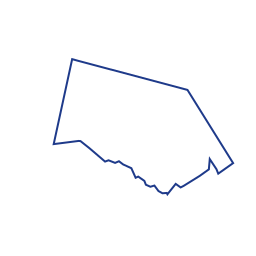 Jackson, Texas, United States of America, rotated 326°
{"feature_id": "52423323B84486994162427", "entity_name": "Jackson", "entity_type": "district", "adm_level": 2, "iso_a3": "USA", "parent_name": "United States of America", "parent_adm1": "Texas", "projection": "equal_earth", "projection_center": [-96.65, 28.969], "detail": "fine", "context": "isolated", "style": "outline", "palette": "blue", "viewbox_px": 256, "rotation_deg": 326, "n_neighbors": 0, "source": "geoboundaries", "source_scale": "gbopen_adm2", "svg_char_len": 550}
<svg xmlns="http://www.w3.org/2000/svg" viewBox="0 0 256 256"><g transform="rotate(326 128 128)"><path d="M57.4,99.8L79.8,111.1L81.3,112.3L84.7,123.1L90.2,143.0L93.8,143.9L97.8,149.7L101.9,150.5L103.6,155.5L108.3,163.2L106.5,173.5L109.3,174.0L112.0,181.0L111.1,185.0L113.7,189.2L117.7,190.5L118.0,197.3L120.1,201.4L123.8,203.5L123.6,205.0L136.3,201.0L138.4,206.7L141.7,207.1L160.7,207.8L171.9,207.5L178.4,199.5L178.3,211.6L177.3,216.3L195.5,215.9L198.6,129.7L124.3,44.5L120.2,39.7L57.4,99.8Z" fill="none" stroke="#1e3a8a" stroke-width="2"/></g></svg>